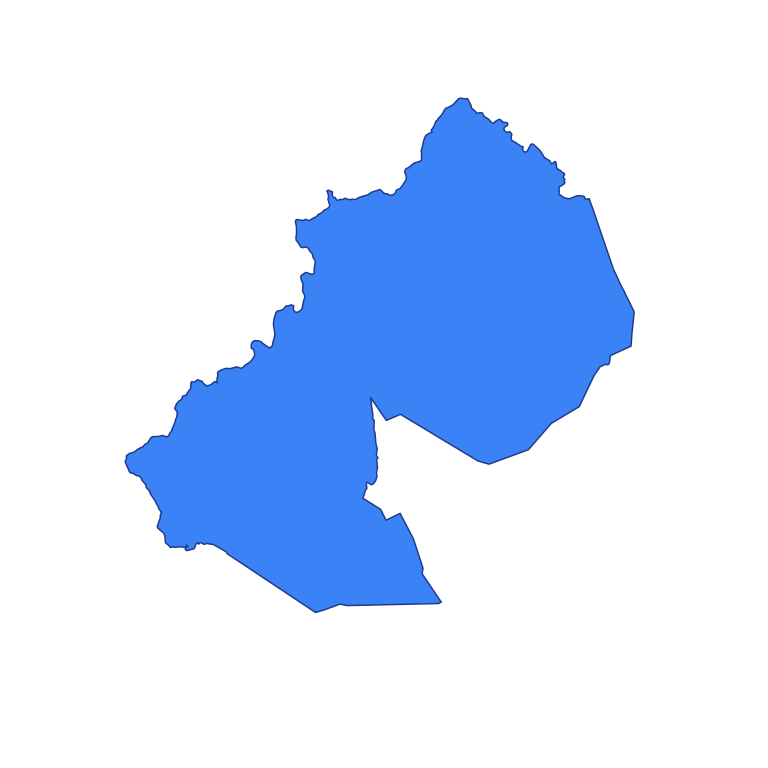 outline of Marahoue, Marahoué, Ivory Coast, rotated 243°
{"feature_id": "98640826B99867209198649", "entity_name": "Marahoue", "entity_type": "district", "adm_level": 2, "iso_a3": "CIV", "parent_name": "Ivory Coast", "parent_adm1": "Marahoué", "projection": "albers", "projection_center": [-5.732, 7.127], "detail": "fine", "context": "isolated", "style": "filled", "palette": "blue", "viewbox_px": 768, "rotation_deg": 243, "n_neighbors": 0, "source": "geoboundaries", "source_scale": "gbopen_adm2", "svg_char_len": 6171}
<svg xmlns="http://www.w3.org/2000/svg" viewBox="0 0 768 768"><g transform="rotate(243 384 384)"><path d="M498.0,332.0L496.3,328.4L496.4,325.7L497.2,323.1L497.3,321.7L496.9,320.6L496.1,319.6L491.7,315.4L488.2,313.0L485.8,312.0L478.9,309.8L476.4,308.4L471.1,303.6L469.8,302.8L468.9,301.8L467.9,299.4L468.3,298.3L469.4,297.6L473.4,295.3L477.9,293.4L479.8,291.2L481.2,288.6L481.5,287.4L481.1,286.0L480.3,284.5L479.3,283.6L476.4,282.1L475.2,282.5L474.2,283.3L472.8,283.3L469.7,282.4L468.5,281.8L467.5,280.8L465.8,278.0L464.7,275.3L464.3,273.9L463.8,268.7L462.6,265.3L463.3,263.3L465.4,261.4L466.2,260.4L467.2,255.2L467.8,253.5L469.4,250.9L469.9,249.2L470.4,244.7L470.3,242.2L469.4,240.8L466.6,239.5L464.7,237.7L461.1,235.9L462.0,235.5L462.8,234.5L462.9,233.7L462.0,229.5L462.4,226.0L463.2,225.1L465.4,223.8L466.9,223.3L469.1,223.1L470.5,221.3L471.8,220.6L472.2,219.9L472.4,218.2L471.9,217.5L471.8,216.1L472.3,214.8L473.3,213.9L473.2,212.9L469.9,210.8L468.6,210.3L467.7,209.5L467.2,208.7L466.8,207.2L466.0,206.4L465.7,205.0L464.3,203.7L464.0,202.8L464.6,199.2L462.5,197.0L461.8,194.6L461.9,193.3L460.1,189.4L458.8,188.4L457.5,186.5L455.9,186.5L453.2,187.2L449.2,184.8L446.9,182.2L444.9,180.5L439.7,174.4L438.6,173.4L437.8,171.4L435.8,168.8L435.5,167.8L435.7,166.3L438.8,163.1L439.6,159.5L442.2,153.7L441.8,151.6L439.0,146.9L438.5,145.6L438.8,144.3L438.1,141.7L437.4,140.6L437.7,139.4L437.6,134.6L437.0,132.4L436.9,130.0L437.1,127.1L437.7,126.2L437.2,122.3L436.5,121.6L434.1,120.5L432.8,118.5L432.0,118.1L427.1,117.6L425.8,117.7L422.4,117.4L419.9,117.6L418.5,119.8L414.7,121.9L413.4,124.0L410.8,124.9L407.7,124.7L405.3,125.5L404.3,125.4L402.7,126.1L399.5,125.2L396.3,126.3L391.0,126.1L383.3,127.1L379.5,126.9L377.7,127.2L375.3,126.7L370.7,127.5L370.4,126.8L369.5,126.3L368.5,125.0L366.2,123.9L362.5,119.7L361.4,119.1L361.2,118.3L360.5,117.6L358.7,117.0L354.0,118.7L351.5,120.1L347.8,119.7L341.8,117.2L338.0,118.9L335.8,119.2L335.1,119.8L335.0,121.7L333.7,123.0L331.2,129.2L328.9,132.2L328.9,133.1L330.0,135.2L329.3,135.5L328.7,135.4L328.1,132.8L327.2,132.1L326.7,131.9L325.5,132.2L324.9,133.2L323.5,139.6L323.8,140.7L326.8,143.8L327.2,145.8L325.6,146.2L325.5,146.7L326.1,147.9L326.0,148.4L325.2,149.4L323.8,150.1L322.6,151.3L322.5,153.6L319.4,157.6L319.1,158.3L319.2,158.6L306.2,167.2L304.0,167.2L211.5,219.3L209.9,228.1L207.9,244.8L203.3,250.6L163.7,332.8L163.7,336.0L197.5,331.8L202.2,335.1L232.5,339.9L261.4,339.6L261.7,324.0L273.8,324.1L291.9,313.3L295.0,316.7L297.0,318.3L299.0,321.6L301.1,322.1L303.3,323.2L304.0,324.0L303.9,324.8L300.6,326.5L300.0,327.1L299.9,329.5L301.7,332.7L303.2,334.3L303.9,334.7L304.2,335.4L309.2,337.5L312.6,340.4L315.5,341.2L316.6,342.0L319.3,342.5L321.0,345.1L323.3,344.8L325.2,345.5L326.3,346.5L327.5,347.1L329.0,348.5L334.3,349.6L344.3,353.7L348.1,354.3L355.2,358.4L356.2,358.7L358.4,358.2L360.6,359.6L363.3,360.7L371.0,363.2L373.0,364.3L376.8,365.3L377.6,366.0L350.5,369.5L349.5,384.9L272.7,432.8L264.9,441.2L259.9,482.9L273.0,515.2L275.2,547.7L296.0,574.8L301.3,584.5L301.1,587.4L301.3,589.0L300.9,590.1L299.5,592.4L299.6,593.1L301.0,594.9L305.7,598.0L306.5,599.1L305.6,621.3L317.0,628.2L334.5,639.6L350.3,639.9L353.5,639.8L355.4,640.1L364.0,639.9L382.4,640.6L446.7,649.8L454.4,650.6L455.8,651.0L456.7,648.3L457.7,647.3L459.6,647.6L460.7,647.1L463.0,643.8L464.1,641.5L464.6,634.7L465.2,632.6L468.1,629.2L473.4,626.3L474.0,626.1L475.8,627.4L479.1,628.9L480.0,629.8L480.4,634.7L480.8,636.0L481.4,636.5L483.1,636.9L484.2,638.0L485.4,637.9L486.1,637.5L487.1,637.6L488.4,639.7L489.3,640.3L490.2,640.0L491.5,639.0L494.2,638.0L497.2,636.1L498.6,636.0L500.1,636.5L500.9,637.1L503.9,637.8L504.7,637.2L504.2,635.6L504.0,633.4L505.6,633.0L507.9,632.9L512.6,629.8L519.0,629.3L521.8,628.8L529.8,625.9L530.6,625.0L530.8,624.0L530.6,623.2L526.2,617.0L526.6,615.1L527.0,614.5L527.9,613.9L529.7,613.9L532.3,615.6L532.7,614.8L533.6,614.0L539.8,610.6L542.2,608.8L542.9,608.6L544.7,608.6L547.0,609.9L548.3,611.2L550.1,611.0L552.0,610.4L551.9,608.7L552.3,607.6L555.2,606.3L556.6,606.6L557.9,607.7L558.3,609.3L558.2,611.1L559.1,612.0L559.8,612.4L560.9,612.3L563.2,609.1L567.0,607.5L567.6,606.3L567.4,602.4L566.7,600.3L566.9,599.6L567.4,599.0L568.3,598.5L572.2,597.5L577.0,594.7L580.5,594.7L581.3,594.3L582.2,592.7L582.8,590.1L583.8,589.3L585.0,589.3L590.2,587.3L593.5,588.1L598.4,587.9L599.6,588.2L600.6,587.6L601.7,584.9L603.7,582.4L604.2,581.3L604.3,579.9L601.4,572.1L601.3,566.4L601.7,564.3L600.6,562.1L598.0,558.5L595.7,552.4L594.7,551.3L594.7,550.2L594.5,549.5L591.9,546.7L589.9,543.8L588.8,541.4L586.7,541.1L586.8,536.0L586.0,533.3L582.4,529.3L576.8,524.9L574.8,522.9L572.1,522.1L570.3,520.9L566.9,519.5L566.6,519.0L566.1,517.2L567.2,511.0L565.6,503.8L565.9,502.0L565.4,500.3L563.3,498.6L559.6,498.3L556.8,497.1L555.9,496.3L552.8,491.1L551.2,487.9L550.9,486.7L551.1,483.4L550.6,482.4L549.5,481.4L548.5,479.5L548.6,477.6L549.2,475.6L549.9,474.5L551.1,473.9L552.0,473.1L553.1,471.5L554.5,470.3L557.8,469.4L559.3,468.4L559.6,465.3L560.5,460.2L559.9,455.3L561.5,447.0L561.6,445.3L561.2,443.6L561.9,441.1L563.0,439.9L563.8,437.0L565.3,435.3L566.6,434.4L567.1,433.5L567.2,430.7L568.5,428.6L568.5,426.6L569.0,425.8L569.8,425.3L572.1,425.1L573.3,423.7L574.9,423.5L576.5,423.8L577.9,425.1L578.6,425.2L581.9,422.5L582.1,421.4L581.7,420.7L579.5,420.7L577.9,420.1L576.9,420.1L575.3,419.1L574.3,418.0L570.7,417.2L568.1,417.0L566.6,415.5L566.3,414.7L565.9,411.8L566.0,409.2L564.8,406.4L564.9,402.5L564.0,400.3L563.8,398.3L563.9,395.5L563.6,391.5L563.9,390.8L566.0,389.3L566.3,388.7L566.4,386.2L569.7,381.6L570.2,380.8L570.0,379.9L569.1,378.8L563.9,377.4L557.8,374.4L554.1,371.8L551.6,371.0L550.1,371.5L543.8,372.1L542.4,373.4L541.8,375.8L541.3,376.8L540.4,377.5L539.2,378.2L536.3,378.1L532.8,379.2L528.4,378.2L526.3,378.7L524.9,378.5L523.7,377.9L517.8,373.8L515.2,372.6L514.5,371.8L514.1,370.3L514.8,369.1L518.6,365.4L518.9,364.5L518.5,360.7L518.0,359.0L517.3,358.5L514.0,357.5L510.0,357.3L503.6,353.5L500.0,353.6L497.4,353.0L494.4,349.9L490.6,347.1L488.0,344.6L487.6,343.9L487.1,340.4L487.8,338.2L489.2,337.2L491.4,337.1L492.8,337.7L493.7,338.6L494.9,339.0L495.7,337.9L496.9,337.0L496.8,335.1L498.0,332.0Z" fill="#3b82f6" stroke="#1e3a8a" stroke-width="1.5"/></g></svg>